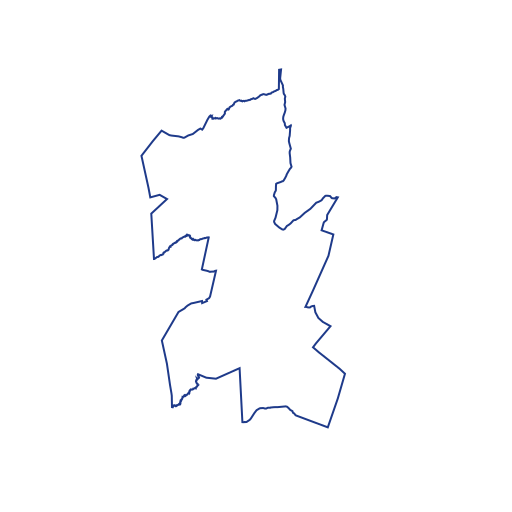 outline of Ndola, Copperbelt, Zambia, rotated 31°
{"feature_id": "96606910B76631115886164", "entity_name": "Ndola", "entity_type": "district", "adm_level": 2, "iso_a3": "ZMB", "parent_name": "Zambia", "parent_adm1": "Copperbelt", "projection": "natural_earth1", "projection_center": [28.528, -12.946], "detail": "fine", "context": "isolated", "style": "outline", "palette": "blue", "viewbox_px": 512, "rotation_deg": 31, "n_neighbors": 0, "source": "geoboundaries", "source_scale": "gbopen_adm2", "svg_char_len": 6134}
<svg xmlns="http://www.w3.org/2000/svg" viewBox="0 0 512 512"><g transform="rotate(31 256 256)"><path d="M106.2,229.1L128.7,252.9L135.2,260.2L141.9,253.2L150.4,253.0L144.4,273.6L170.1,311.1L170.5,310.8L171.8,307.7L172.6,307.2L172.9,306.5L173.1,305.4L173.8,304.2L174.5,303.9L174.8,303.2L175.3,302.8L175.3,302.3L175.5,301.6L175.4,301.3L175.1,301.1L175.1,300.5L175.7,299.8L176.3,297.8L176.9,296.9L177.3,296.9L177.5,296.7L177.8,295.6L177.3,294.0L177.3,293.0L177.7,292.5L177.3,292.4L177.3,291.9L177.8,291.4L178.0,290.4L178.3,290.2L178.6,289.6L178.5,288.8L178.8,288.6L178.8,288.0L179.5,287.0L179.5,286.7L179.9,286.5L180.1,285.7L180.5,285.7L181.0,284.4L180.8,284.1L180.9,283.7L180.7,283.6L180.9,283.2L181.5,282.7L181.6,281.6L181.9,281.2L181.9,280.8L182.3,279.8L183.2,279.3L183.4,278.1L184.0,277.3L184.1,276.9L184.6,276.5L184.7,276.2L185.4,275.9L185.5,275.6L185.1,275.4L185.3,275.0L186.2,274.6L186.5,274.1L186.4,273.8L185.9,273.9L185.7,273.7L185.8,273.3L186.3,273.4L186.6,273.0L187.3,273.0L188.0,272.7L188.2,273.0L188.7,273.0L189.0,272.7L189.3,272.9L189.2,273.5L190.4,274.3L191.6,274.0L191.9,274.1L191.8,274.3L192.4,274.3L192.5,274.6L193.0,274.6L193.2,274.2L193.5,274.6L194.0,274.4L194.1,273.9L195.4,274.0L195.7,273.4L196.8,273.3L198.4,272.4L198.4,272.1L199.2,271.5L199.4,270.6L199.9,270.0L200.6,269.6L201.7,268.1L202.5,267.5L202.7,267.0L203.6,266.6L204.1,265.7L205.6,264.5L205.9,264.4L216.5,295.4L217.5,295.3L221.4,294.0L223.3,293.5L224.2,293.5L225.0,293.1L225.3,292.7L226.6,291.9L227.7,291.2L228.7,289.7L229.3,289.2L237.5,314.4L237.5,316.2L237.3,316.7L236.0,319.0L237.2,319.9L234.1,324.1L232.9,322.4L226.7,328.4L224.9,330.0L222.9,333.7L222.0,336.3L221.8,337.6L218.4,343.9L218.8,376.9L235.2,394.3L248.7,410.8L254.2,417.2L255.8,419.2L261.8,428.8L262.4,428.6L262.3,428.3L262.5,428.0L262.3,427.7L262.4,426.4L262.9,426.0L263.2,426.3L263.6,425.8L263.9,425.8L264.0,426.1L264.7,426.1L264.9,425.8L264.8,425.4L265.1,425.3L265.0,424.7L265.4,424.5L265.6,424.0L266.0,423.7L266.1,423.0L266.7,423.0L267.0,422.4L267.4,422.2L267.1,421.2L266.5,421.1L266.5,419.9L266.1,419.6L266.3,419.2L265.9,419.0L265.7,418.4L265.9,417.9L266.3,418.0L266.3,417.9L266.0,417.6L266.0,417.0L266.3,416.7L266.3,416.3L265.6,414.6L266.1,414.5L266.3,414.0L266.3,413.4L266.5,413.5L266.8,413.2L266.6,412.1L267.2,412.1L267.3,411.7L267.7,411.9L267.8,411.2L268.5,410.2L268.4,409.2L268.9,408.5L268.7,408.3L268.7,408.1L269.1,407.9L269.5,408.1L269.5,407.8L268.9,406.8L268.9,406.2L268.5,406.1L268.5,405.5L268.8,405.0L268.6,404.5L268.9,403.8L269.8,403.6L270.3,403.2L270.6,402.8L270.5,402.1L271.0,401.9L271.4,400.9L272.6,400.5L272.3,399.9L272.2,399.2L272.7,398.4L272.5,397.5L272.8,397.0L272.9,396.5L272.3,396.6L272.0,395.8L271.1,395.8L270.5,395.5L270.1,394.9L269.3,394.7L268.7,393.3L268.8,392.8L269.1,392.9L269.2,392.4L268.9,391.8L268.5,391.4L268.9,391.5L269.0,391.2L269.4,391.2L269.4,390.5L269.8,390.1L269.8,389.5L269.2,389.0L268.7,388.9L267.7,388.3L267.3,387.9L267.2,387.2L276.1,385.9L284.9,381.8L299.7,360.6L329.9,405.4L331.4,404.6L331.6,404.2L332.5,403.8L333.4,403.1L335.0,399.7L335.3,398.0L335.5,391.5L335.9,387.9L337.5,384.9L338.0,384.3L339.9,383.0L340.8,382.5L342.1,382.2L343.2,381.6L344.3,380.0L346.4,378.7L346.5,378.4L349.3,376.3L352.4,374.4L358.9,369.6L360.3,369.2L362.4,369.6L364.6,370.3L367.1,370.2L368.4,371.3L369.9,371.3L371.3,371.9L372.3,372.1L405.8,365.9L399.5,336.0L392.9,311.1L385.7,309.6L359.5,306.2L351.9,304.9L352.4,300.0L356.0,277.8L347.3,278.1L341.4,277.0L335.9,273.7L331.5,268.8L330.1,269.9L329.1,271.2L328.9,272.1L328.2,272.7L327.0,273.3L325.1,273.8L324.6,274.1L322.6,256.0L318.0,218.5L311.2,197.7L299.0,200.2L296.9,192.6L296.9,191.7L298.0,188.8L297.9,188.0L295.9,184.2L295.9,163.6L294.6,164.1L294.2,165.2L293.6,166.3L291.4,167.3L290.6,167.2L288.7,166.5L286.7,167.3L284.9,168.3L284.4,168.9L283.6,172.3L283.6,173.8L283.2,175.0L281.8,177.3L280.2,179.3L278.3,187.6L275.6,193.8L273.7,200.3L271.8,203.7L271.4,204.7L270.1,205.7L269.7,206.3L268.9,210.2L268.1,212.3L267.0,214.4L266.7,218.1L265.9,219.3L264.8,219.7L261.2,219.6L255.9,218.7L254.8,218.0L253.9,217.4L253.5,216.6L253.0,213.1L250.7,205.7L248.5,201.9L244.1,197.0L242.8,196.2L240.5,195.5L240.0,194.6L239.3,191.7L239.3,189.9L239.1,189.3L237.2,186.0L236.1,183.8L236.6,182.8L239.2,179.7L239.8,178.7L240.5,178.1L240.8,177.0L240.8,174.1L240.6,171.3L240.3,170.4L240.2,167.0L240.2,163.8L240.5,162.6L240.5,161.2L237.7,158.6L234.6,154.0L231.8,150.4L231.1,149.1L230.8,147.8L230.6,146.1L226.3,142.0L225.0,140.6L223.6,137.9L223.0,135.7L220.6,130.9L219.3,128.7L218.8,126.3L218.6,126.1L218.0,127.4L216.1,130.4L213.4,128.9L212.2,127.3L210.3,126.2L209.1,125.1L208.4,124.1L207.7,122.6L207.3,121.0L206.8,118.3L206.2,116.1L205.4,114.4L202.6,111.8L201.7,109.0L199.7,106.3L199.0,104.2L197.6,103.2L196.4,102.7L195.7,102.0L193.3,98.7L192.0,97.3L191.2,95.9L186.2,92.5L185.2,91.3L181.4,83.2L179.9,84.5L189.6,101.1L189.1,102.4L188.3,103.1L187.8,104.4L186.8,105.5L186.2,106.8L185.2,107.9L185.0,109.3L183.9,110.0L183.7,110.4L183.2,110.6L182.8,111.5L182.6,111.5L181.8,112.6L179.2,113.3L178.6,113.8L178.0,114.8L177.7,114.9L176.8,116.3L176.7,117.2L175.6,119.9L174.5,121.7L173.8,122.0L172.5,122.1L171.9,123.2L170.9,124.2L170.7,125.0L169.8,125.7L169.7,126.0L169.1,126.4L168.8,126.9L167.7,128.0L166.8,128.5L166.5,129.3L165.5,129.4L164.8,130.0L164.6,130.5L163.6,130.4L163.5,130.7L162.4,131.1L161.6,130.9L160.3,132.3L159.8,133.4L159.1,134.3L158.6,135.4L158.6,136.1L158.9,137.7L158.4,138.2L158.4,139.2L158.1,139.8L157.6,140.4L156.8,142.1L157.1,144.4L156.9,144.7L155.9,144.4L155.6,144.8L155.6,145.9L155.3,146.4L155.3,147.1L155.1,147.6L155.1,148.6L156.0,150.0L155.8,152.3L155.8,153.5L155.4,153.7L155.2,154.2L155.6,154.7L155.6,155.1L155.1,155.5L155.0,156.1L154.8,156.6L154.0,156.7L153.7,157.2L153.4,157.4L151.7,157.8L151.6,158.1L151.0,158.3L150.7,158.8L150.0,158.6L149.7,159.3L148.5,159.9L148.5,160.5L147.9,160.8L147.0,159.6L145.9,160.0L145.7,159.9L145.7,158.6L144.9,159.2L144.6,159.1L144.2,160.5L144.2,164.2L145.0,173.6L144.8,175.4L142.7,175.4L141.4,177.7L139.0,184.0L135.9,187.5L133.7,191.4L133.0,192.0L132.5,192.2L131.3,192.4L128.1,193.3L121.5,196.3L119.5,197.0L110.5,197.2L108.4,210.7L106.2,229.1Z" fill="none" stroke="#1e3a8a" stroke-width="2"/></g></svg>